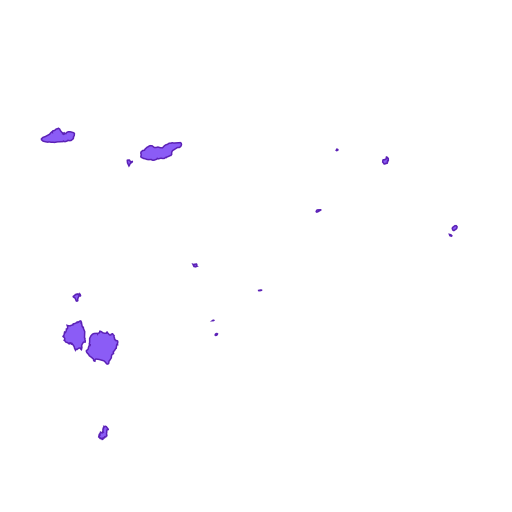 Torres Strait Island, Queensland, Australia, rotated 351°
{"feature_id": "25037944B93306496735140", "entity_name": "Torres Strait Island", "entity_type": "district", "adm_level": 2, "iso_a3": "AUS", "parent_name": "Australia", "parent_adm1": "Queensland", "projection": "robinson", "projection_center": [142.755, -9.902], "detail": "fine", "context": "isolated", "style": "filled", "palette": "violet", "viewbox_px": 512, "rotation_deg": 351, "n_neighbors": 0, "source": "geoboundaries", "source_scale": "gbopen_adm2", "svg_char_len": 5879}
<svg xmlns="http://www.w3.org/2000/svg" viewBox="0 0 512 512"><g transform="rotate(351 256 256)"><path d="M100.0,330.1L100.1,329.1L99.9,328.7L100.2,328.2L101.4,327.3L103.1,325.3L103.5,325.3L104.3,322.5L104.7,321.7L105.4,322.0L105.6,320.3L106.1,319.4L106.0,318.3L105.5,317.9L104.6,317.8L104.6,317.5L103.6,316.7L103.3,316.0L103.5,315.9L103.3,315.3L103.4,314.7L103.1,313.6L103.4,312.4L102.7,311.5L102.2,310.4L101.9,310.3L100.6,310.7L100.2,311.3L99.4,311.2L98.9,310.9L97.7,309.1L97.4,308.9L97.0,307.8L96.7,307.9L96.1,308.8L94.6,308.7L92.7,307.9L91.5,306.6L90.3,305.9L89.9,305.9L89.7,306.8L89.1,307.4L88.0,307.6L87.4,308.2L87.4,307.8L86.9,307.5L84.0,307.2L82.3,307.6L80.5,309.0L78.8,311.4L78.2,315.2L77.6,316.6L77.6,317.2L78.4,317.6L78.2,318.4L78.6,318.8L78.0,318.5L77.9,317.7L77.6,317.8L76.3,319.9L75.8,321.4L74.9,322.3L73.8,322.8L73.5,323.3L73.7,324.5L74.5,326.1L75.0,326.5L75.8,328.5L78.2,330.9L78.4,331.4L79.2,332.1L79.4,332.9L79.3,333.6L79.7,334.4L80.4,334.7L80.7,333.6L81.8,332.7L84.8,333.6L89.3,335.7L90.2,336.7L91.6,339.1L92.2,339.5L93.2,339.4L93.7,339.0L94.4,336.8L95.0,336.4L97.2,333.9L97.5,332.4L98.3,330.8L100.0,330.1ZM178.7,134.2L176.1,133.0L175.2,133.2L173.1,133.1L172.3,132.7L170.6,130.9L168.9,130.5L167.7,130.6L167.0,131.1L165.5,131.5L163.1,133.1L162.4,134.1L160.5,134.1L158.6,135.4L158.3,136.9L158.5,138.2L157.8,139.5L158.0,140.5L160.4,142.2L161.5,142.5L163.5,143.6L164.9,144.0L167.6,144.3L168.1,144.8L169.1,145.3L170.3,145.4L173.0,144.9L173.5,144.7L173.8,144.2L174.8,144.8L177.5,144.5L178.6,145.0L180.5,145.3L182.6,144.4L182.9,144.7L183.2,144.4L186.1,143.7L186.7,143.4L187.7,143.4L188.7,142.3L188.7,141.3L189.3,139.7L190.2,138.8L195.3,136.6L197.5,136.8L198.9,135.9L199.8,134.5L199.8,133.0L199.1,132.2L192.5,131.6L190.8,131.0L189.9,131.3L187.9,131.0L185.9,131.9L184.3,132.1L182.8,132.8L180.6,134.5L178.7,134.2ZM59.8,313.7L60.4,313.8L60.6,314.2L59.7,314.1L61.2,314.8L61.5,315.3L62.3,317.3L62.3,318.5L62.9,320.6L63.3,319.9L64.0,320.0L64.4,320.4L66.2,319.4L67.7,319.3L68.2,319.5L68.5,320.8L68.9,321.2L69.7,319.2L69.8,318.3L69.6,317.7L70.3,316.2L72.1,314.1L73.8,314.3L74.1,313.2L73.9,311.9L74.2,310.5L73.8,310.0L75.0,303.9L74.2,300.5L74.3,299.4L74.2,299.2L73.6,299.1L73.3,298.1L73.2,295.5L72.8,295.2L72.8,294.7L73.2,294.6L73.2,294.1L72.7,292.7L71.5,292.8L70.4,293.6L70.2,293.3L69.0,293.2L68.8,293.8L68.6,293.7L66.4,294.4L64.9,294.4L64.6,295.2L64.3,295.1L63.2,295.6L62.3,295.6L61.6,295.9L60.0,295.6L58.6,295.0L58.9,296.4L58.5,298.1L58.2,298.4L57.3,298.4L57.0,299.9L56.0,301.5L55.5,301.9L55.0,301.3L54.1,303.9L53.5,304.5L53.5,305.0L53.0,305.0L52.8,305.3L53.2,305.8L53.6,305.8L53.7,306.5L54.0,306.8L54.2,307.6L54.0,308.5L53.3,309.2L54.2,310.2L54.5,311.0L55.1,311.6L56.0,311.8L56.6,312.2L56.7,312.6L57.7,313.6L58.2,313.5L58.5,312.7L59.1,312.7L60.3,313.4L59.8,313.7ZM62.3,107.6L63.7,109.3L66.4,110.4L68.2,111.0L69.5,110.9L71.4,111.6L73.4,111.9L74.7,112.3L77.8,112.2L83.1,112.8L83.9,112.4L84.4,113.0L85.7,113.2L87.7,112.8L88.4,112.3L89.2,112.8L91.2,113.0L91.6,112.9L93.8,111.6L94.3,110.7L94.2,110.0L95.3,108.7L95.8,106.7L95.3,105.8L92.2,104.3L90.0,103.9L88.1,104.5L87.4,105.4L86.5,105.1L85.1,105.8L84.4,105.2L84.9,105.0L85.3,104.4L84.6,104.5L83.5,103.4L82.5,101.7L81.9,99.9L80.8,98.9L79.8,99.3L78.6,99.3L76.7,100.5L74.9,100.6L74.6,101.2L74.1,101.3L74.1,101.9L73.7,101.5L72.7,102.1L71.1,103.5L66.5,105.1L64.2,105.5L62.4,106.7L62.3,107.6ZM79.8,400.8L79.3,400.6L79.4,401.0L78.9,401.2L78.9,401.5L78.1,402.1L78.3,402.8L77.9,403.0L77.5,403.9L77.7,404.6L77.3,405.2L77.5,405.9L77.1,405.8L77.1,406.0L77.0,406.4L76.6,406.4L76.7,406.7L76.6,406.4L76.3,406.7L74.9,405.7L74.6,406.5L74.2,406.7L74.0,407.6L73.6,407.4L73.3,407.6L73.1,408.2L73.4,408.7L72.9,408.7L72.4,409.9L72.8,410.1L72.7,410.6L73.3,410.8L73.4,411.8L73.7,412.0L74.3,411.7L74.7,412.3L75.1,412.2L75.5,412.7L75.5,413.1L76.0,413.1L76.2,412.0L76.6,411.7L77.2,412.1L78.0,411.8L78.2,411.0L79.3,411.2L79.7,410.6L80.4,410.4L80.7,409.6L80.5,409.3L80.6,407.8L80.9,407.2L81.3,405.1L82.0,404.1L82.6,404.4L82.9,404.3L82.9,403.8L81.4,401.1L80.5,400.6L79.8,400.8ZM70.8,269.4L71.4,272.2L71.7,272.5L72.4,272.5L72.5,272.1L73.0,272.1L73.0,271.5L73.2,270.5L74.4,268.5L75.4,267.7L75.9,267.7L76.2,268.0L76.5,267.8L76.3,266.3L75.8,266.2L75.7,266.0L75.5,266.6L74.9,266.5L74.6,266.1L74.3,266.4L73.9,266.0L74.0,265.6L73.3,265.5L72.8,265.9L72.6,265.7L71.5,265.8L71.1,266.4L69.3,267.2L69.1,267.5L69.2,267.9L70.8,269.4ZM400.0,179.7L399.3,180.8L398.3,180.8L398.1,181.1L396.7,180.8L396.3,181.3L395.8,183.1L396.6,184.3L396.7,184.8L397.0,184.9L397.1,185.2L397.7,185.3L398.8,184.8L398.9,185.0L400.1,184.9L400.5,184.1L400.5,183.7L400.8,183.4L400.6,183.1L400.9,182.8L400.9,182.5L401.6,182.4L401.9,180.4L401.8,180.1L401.3,179.9L401.2,179.4L400.6,179.6L400.7,178.9L400.4,178.6L400.2,178.7L400.0,179.7ZM459.2,258.6L458.5,257.4L457.2,257.2L454.6,258.6L454.1,259.7L454.6,261.4L455.2,261.8L455.6,261.8L458.2,260.5L458.8,259.7L459.2,258.6ZM143.6,143.8L144.6,147.2L145.3,146.4L145.3,145.9L147.2,144.4L148.1,144.1L148.6,143.6L148.6,143.3L147.7,143.4L147.0,143.2L146.8,143.4L146.2,141.8L145.6,141.2L144.9,141.5L144.0,141.2L143.7,141.8L143.8,143.5L143.6,143.8ZM195.9,255.9L196.2,255.0L195.7,254.5L195.2,254.9L194.9,254.6L194.1,254.5L193.4,255.1L193.2,254.7L192.4,254.3L193.1,256.7L194.8,257.3L195.8,256.9L195.8,256.6L196.2,256.7L195.6,255.7L195.9,255.9ZM323.2,220.3L322.4,221.4L322.6,222.0L323.0,222.2L324.3,221.9L327.7,220.5L324.1,220.1L323.2,220.3ZM203.3,327.7L203.8,328.2L204.7,328.1L205.4,327.6L205.8,326.9L205.2,326.4L204.1,326.6L203.6,327.0L203.3,327.7ZM450.4,264.9L450.6,266.0L451.0,266.6L451.6,266.5L452.2,267.0L452.6,266.7L451.8,265.5L450.4,264.9ZM253.2,290.6L254.4,290.9L256.7,290.7L255.4,290.3L253.2,290.4L253.2,290.6ZM352.1,164.2L352.3,164.6L352.6,164.5L353.5,164.1L353.5,163.7L353.1,163.3L352.5,163.1L351.8,164.1L352.1,164.2ZM204.2,312.8L203.6,312.7L202.8,313.1L203.7,313.2L204.3,313.0L204.2,312.8Z" fill="#8b5cf6" stroke="#5b21b6" stroke-width="1.5"/></g></svg>